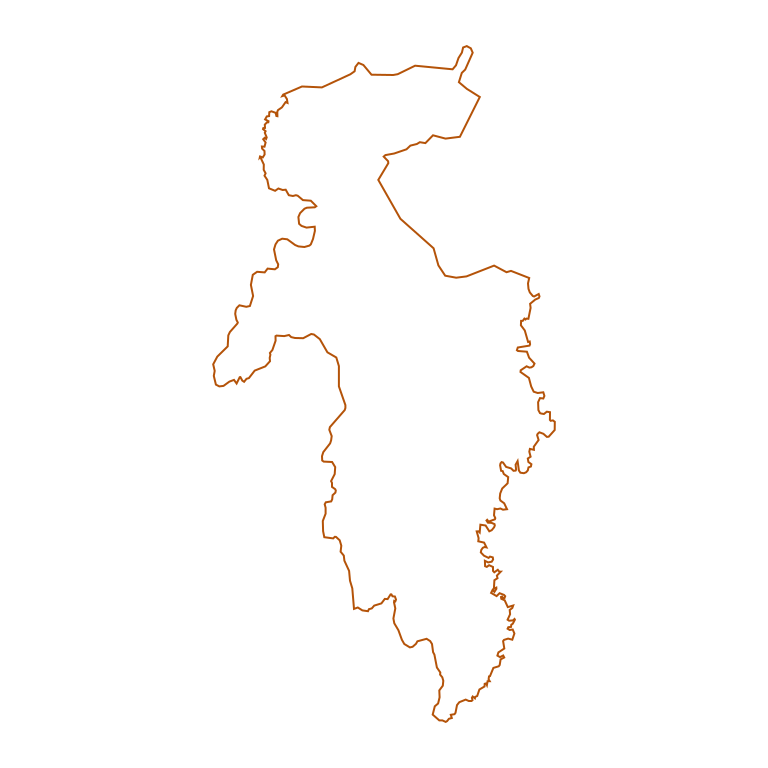 Yanfolila, Sikasso, Mali (Equal Earth projection)
{"feature_id": "8926073B66933927430110", "entity_name": "Yanfolila", "entity_type": "district", "adm_level": 2, "iso_a3": "MLI", "parent_name": "Mali", "parent_adm1": "Sikasso", "projection": "equal_earth", "projection_center": [-8.073, 10.95], "detail": "fine", "context": "isolated", "style": "outline", "palette": "amber", "viewbox_px": 768, "rotation_deg": 0, "n_neighbors": 0, "source": "geoboundaries", "source_scale": "gbopen_adm2", "svg_char_len": 6099}
<svg xmlns="http://www.w3.org/2000/svg" viewBox="0 0 768 768"><path d="M259.8,157.5L260.3,157.0L263.8,164.5L263.7,169.8L265.6,173.3L264.5,175.7L267.3,179.9L269.0,188.3L275.1,190.8L278.4,188.5L282.7,190.0L285.7,189.7L288.8,195.2L292.9,196.0L295.9,195.2L297.7,195.7L302.9,200.1L310.8,200.7L316.3,206.2L314.8,207.3L306.9,207.7L304.5,208.7L300.1,213.1L298.4,217.0L299.1,223.8L301.5,225.9L306.5,227.6L314.7,226.7L314.9,230.9L313.0,239.0L310.8,244.4L309.4,245.6L304.4,247.0L298.4,246.4L295.1,245.0L287.3,239.3L282.2,238.7L277.9,240.7L275.5,244.4L274.0,249.4L276.2,260.3L278.2,264.3L277.8,267.2L274.9,269.3L267.6,268.6L264.7,272.4L257.1,271.8L252.8,274.8L250.9,284.9L253.1,296.0L249.9,306.0L246.3,306.8L239.4,305.3L236.8,307.9L235.7,310.3L235.2,313.9L236.4,319.8L237.8,322.5L237.4,323.5L229.9,332.0L228.3,335.4L227.7,346.4L217.3,356.6L213.2,364.3L214.7,370.9L213.8,375.9L215.9,384.6L219.3,386.4L223.5,385.9L229.4,381.6L234.0,379.9L236.6,383.5L239.7,377.2L240.4,377.1L242.3,380.6L244.1,381.8L246.5,378.8L248.9,378.1L254.7,370.6L265.3,366.4L270.0,361.2L269.7,357.9L270.4,354.7L269.9,353.0L272.4,350.0L275.6,340.7L275.5,336.2L276.5,335.6L284.3,336.1L289.0,335.0L291.2,337.1L295.0,338.0L303.2,338.2L311.2,334.0L313.9,334.5L319.8,339.1L327.4,352.3L336.3,357.5L338.9,366.1L338.9,386.4L345.4,405.1L345.4,408.0L344.7,410.1L329.9,427.1L329.3,429.8L331.7,436.1L331.1,440.4L330.1,443.4L323.3,452.1L322.0,456.2L322.2,460.5L323.7,461.6L332.1,462.0L335.2,467.1L334.7,474.1L331.1,481.1L332.0,482.9L332.0,486.9L335.2,489.2L335.8,490.5L335.4,492.6L332.6,495.2L332.2,499.3L331.2,501.4L325.8,502.3L324.7,504.3L325.6,507.7L325.6,513.7L322.8,521.0L323.1,531.2L324.3,537.2L333.2,538.4L334.8,536.8L336.0,536.9L339.7,540.3L341.3,545.7L340.6,551.7L343.8,555.6L344.4,560.7L349.1,570.9L350.0,580.7L352.3,588.4L354.0,608.9L357.8,607.5L362.4,610.4L368.0,611.2L368.9,609.2L371.8,608.4L374.2,605.6L381.4,603.4L384.8,598.9L387.6,599.1L390.6,594.4L391.4,594.4L392.5,596.3L394.9,596.5L396.0,599.6L395.3,601.4L394.2,600.9L394.0,602.3L395.3,608.4L393.4,618.5L394.3,623.3L398.4,630.2L401.9,639.8L404.3,644.0L409.9,647.4L412.6,646.8L416.0,643.8L417.4,641.3L426.6,638.8L430.2,641.1L432.0,644.0L433.1,652.2L434.4,654.6L436.9,667.5L440.3,672.5L440.1,674.6L442.3,677.3L443.3,680.8L442.8,685.7L439.3,690.4L439.6,697.3L438.1,703.5L434.8,706.3L432.7,714.6L439.3,720.4L442.4,720.4L445.7,721.9L447.1,721.1L448.9,718.8L451.8,718.0L450.8,714.8L454.5,714.2L455.5,712.8L457.0,705.1L459.3,702.2L465.7,699.6L468.8,701.0L471.5,701.0L472.5,700.2L471.9,697.8L472.7,696.5L474.9,698.3L475.2,696.9L477.2,696.0L479.4,689.5L484.5,686.5L484.7,683.8L486.1,683.4L486.9,685.1L487.6,681.2L489.7,681.2L488.6,679.3L489.0,676.4L490.0,676.1L493.4,667.9L498.7,666.3L499.7,665.0L500.6,659.4L504.2,657.5L503.2,655.5L500.0,657.1L497.4,655.6L498.4,652.4L504.3,648.5L503.1,641.1L504.0,639.9L508.1,638.6L512.3,639.7L514.4,633.5L512.7,629.5L509.7,630.0L507.6,628.7L508.3,627.2L511.0,626.9L511.3,624.7L512.8,623.7L514.9,619.7L514.5,619.0L513.0,620.4L509.1,620.7L507.6,619.7L510.1,614.2L509.7,610.0L512.3,608.0L513.2,605.5L507.8,607.1L504.7,600.3L501.3,598.8L501.0,597.0L502.0,596.6L503.2,598.0L504.5,598.0L505.2,596.2L504.0,594.9L499.6,593.2L496.6,596.1L491.1,592.9L492.6,589.9L494.4,591.9L496.4,588.8L496.3,587.6L493.9,588.7L494.4,580.2L497.5,578.2L496.9,575.6L500.7,571.7L499.3,571.7L497.8,569.8L494.3,572.3L493.0,570.9L493.0,567.0L489.1,565.2L486.8,566.9L485.1,566.2L484.9,560.8L488.1,562.4L491.7,561.7L493.1,559.5L492.8,557.4L490.0,556.6L488.6,557.9L484.0,555.7L480.8,552.4L481.3,549.9L482.8,547.8L484.6,547.0L486.5,547.4L484.1,542.6L478.3,541.3L478.6,538.1L476.7,531.4L478.5,531.3L479.7,532.5L480.4,524.7L485.6,525.5L489.3,531.3L491.7,530.2L494.1,527.3L494.8,525.5L494.5,524.1L491.4,522.8L487.9,522.7L486.5,520.5L487.2,519.8L488.6,521.6L494.9,519.3L495.3,518.1L494.0,515.3L494.6,508.6L497.1,509.2L500.4,508.5L503.0,509.7L507.0,509.2L504.2,503.3L500.4,500.5L499.7,498.3L500.2,493.5L502.2,488.5L507.6,483.3L508.2,477.1L503.8,474.0L502.7,471.1L501.1,470.8L500.1,465.3L500.5,463.4L501.6,462.1L503.0,462.5L506.1,466.9L511.1,468.4L513.5,470.8L515.6,470.6L516.1,469.7L515.6,464.7L517.6,461.1L518.9,470.5L520.4,472.7L523.9,473.2L526.1,472.3L527.8,470.4L528.5,467.4L530.9,466.5L531.4,464.2L528.4,462.0L527.8,458.5L530.6,456.7L529.3,451.7L529.9,448.9L533.9,449.8L533.8,446.7L538.6,440.0L537.1,435.1L537.7,433.8L539.4,432.3L543.4,433.8L546.9,436.9L548.7,436.7L554.7,430.0L554.8,421.8L552.9,420.4L550.7,420.8L549.9,419.9L550.0,412.2L546.8,411.7L543.9,414.0L541.1,413.5L540.0,413.1L538.4,410.1L538.1,402.2L540.0,398.1L543.3,398.5L544.4,395.9L543.3,392.3L537.7,393.0L533.7,391.7L531.2,386.5L528.9,377.9L520.5,372.0L520.7,370.3L526.6,366.3L529.4,367.6L531.4,367.3L533.3,366.1L534.5,363.6L529.1,357.7L526.9,351.7L518.0,351.0L516.9,350.2L517.8,347.5L529.5,345.6L530.1,344.2L529.7,341.5L528.1,342.0L524.8,330.5L520.9,325.3L521.1,320.9L522.7,320.9L524.4,318.6L525.5,319.5L526.4,318.6L528.4,318.8L530.6,307.9L530.1,303.8L535.2,299.6L538.8,298.0L539.5,296.4L538.7,294.0L534.1,296.5L532.8,296.0L529.8,292.4L528.5,288.9L528.0,283.4L529.2,278.0L511.0,270.9L506.5,272.2L494.1,265.6L466.5,276.4L456.2,277.7L445.2,275.7L438.4,265.4L433.6,248.3L400.4,218.8L378.3,179.9L388.3,163.2L388.1,161.2L383.7,156.6L385.4,155.1L394.2,153.5L406.5,149.3L410.4,145.6L416.9,144.0L419.8,142.2L425.4,143.1L433.0,135.3L445.5,138.6L459.9,136.8L479.8,97.0L466.9,88.9L458.9,82.2L461.8,72.9L465.2,69.6L472.7,52.7L470.8,48.3L466.7,46.1L463.1,47.5L461.9,52.6L458.5,58.0L456.0,65.3L452.6,69.3L415.1,65.7L397.7,74.2L393.2,75.0L371.5,74.7L363.4,65.0L358.5,62.9L355.4,66.9L354.6,71.3L350.3,74.3L321.9,87.4L302.0,86.5L283.2,94.6L282.3,96.1L284.6,95.4L286.9,99.0L287.5,102.9L285.6,102.1L281.9,107.4L278.0,110.1L277.3,111.7L277.4,116.2L276.4,116.0L275.6,112.8L271.4,111.3L269.3,112.2L269.1,116.1L266.8,116.4L265.1,119.4L268.5,121.2L268.3,122.3L266.8,122.5L264.8,124.6L265.0,127.9L263.3,128.1L263.0,129.1L265.6,131.2L264.8,132.8L266.7,137.4L266.1,139.0L264.7,137.8L263.2,139.2L265.6,142.5L264.5,146.7L261.9,146.5L262.1,148.6L264.5,151.0L264.6,154.5L262.8,157.4L260.0,156.5L259.8,157.5Z" fill="none" stroke="#b45309" stroke-width="2"/></svg>